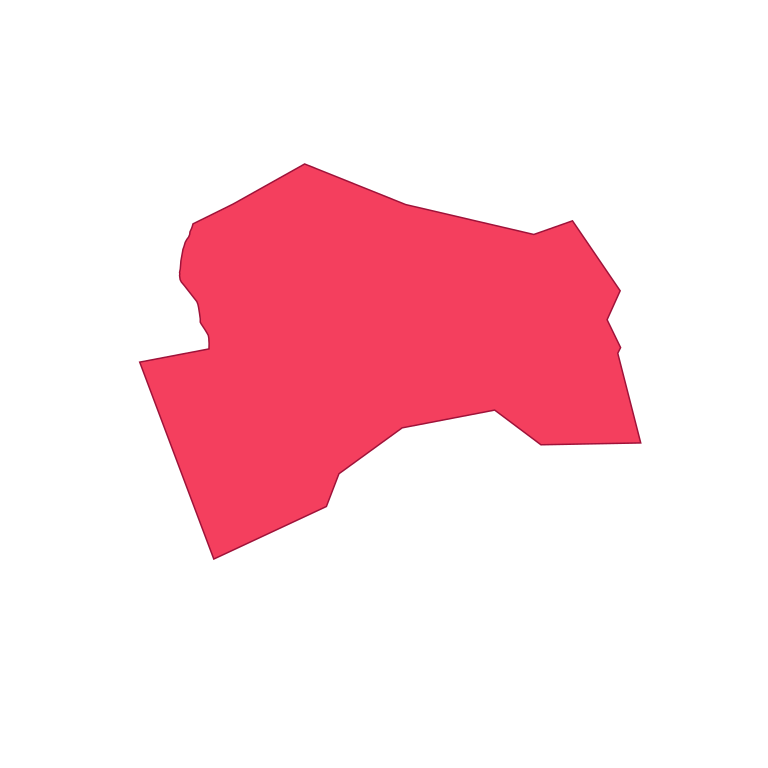 Shiveegovi, Dornogovi, Mongolia (Natural Earth projection), rotated 213°
{"feature_id": "93677404B28093616266746", "entity_name": "Shiveegovi", "entity_type": "district", "adm_level": 2, "iso_a3": "MNG", "parent_name": "Mongolia", "parent_adm1": "Dornogovi", "projection": "natural_earth1", "projection_center": [108.624, 46.084], "detail": "fine", "context": "isolated", "style": "filled", "palette": "rose", "viewbox_px": 768, "rotation_deg": 213, "n_neighbors": 0, "source": "geoboundaries", "source_scale": "gbopen_adm2", "svg_char_len": 807}
<svg xmlns="http://www.w3.org/2000/svg" viewBox="0 0 768 768"><g transform="rotate(213 384 384)"><path d="M463.5,546.3L570.4,525.3L608.6,452.7L631.4,414.3L630.6,411.7L630.1,409.6L629.6,406.0L628.4,403.6L627.9,400.8L628.1,397.9L627.9,394.6L626.6,390.3L625.9,387.3L625.1,385.5L621.4,376.7L620.2,374.5L617.5,369.5L616.2,366.2L615.2,365.1L614.5,363.6L611.8,360.5L609.4,359.1L605.4,357.9L585.9,351.2L583.5,349.5L581.1,347.1L577.4,343.0L573.6,338.6L571.8,335.8L570.0,334.8L563.8,332.1L560.7,330.6L558.0,329.2L557.1,328.3L555.8,326.9L554.6,325.2L552.8,322.8L549.9,318.1L600.8,269.3L431.4,144.5L365.6,249.9L372.9,284.2L344.9,357.1L277.0,422.4L219.3,418.5L136.6,474.4L204.7,537.1L205.4,543.4L231.9,559.4L236.7,590.8L314.8,623.5L339.8,591.0L463.5,546.3Z" fill="#f43f5e" stroke="#9f1239" stroke-width="1.5"/></g></svg>